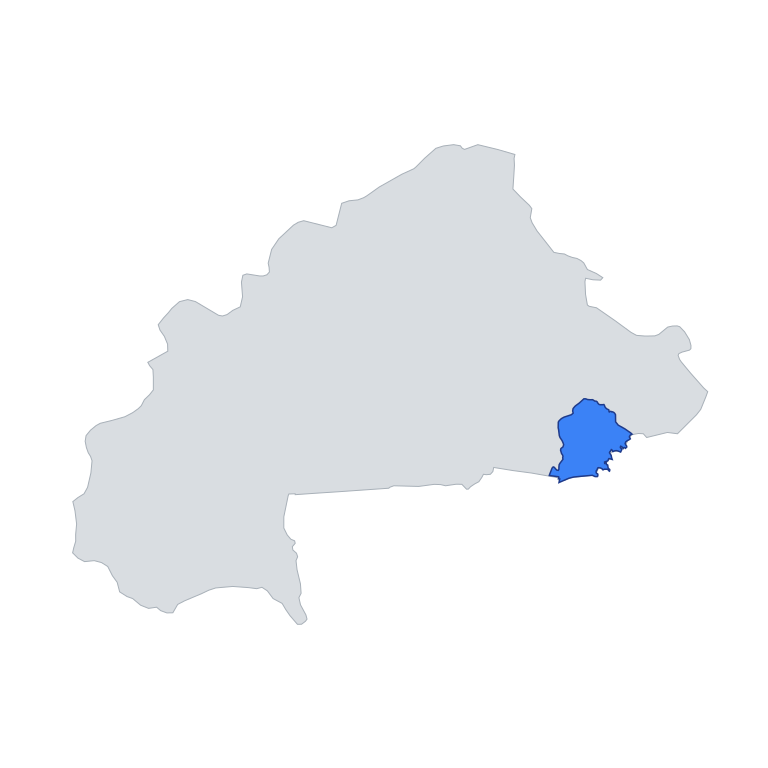 Kompienga on a map of Burkina Faso (orthographic projection), rotated 356°
{"feature_id": "BFA-2183", "entity_name": "Kompienga", "entity_type": "Province", "adm_level": 1, "iso_a3": "BFA", "parent_name": "Burkina Faso", "parent_adm1": "", "projection": "orthographic", "projection_center": [0.977, 11.426], "detail": "fine", "context": "in_parent", "style": "filled", "palette": "blue", "viewbox_px": 768, "rotation_deg": 356, "n_neighbors": 0, "source": "natural_earth", "source_scale": "10m", "svg_char_len": 5499}
<svg xmlns="http://www.w3.org/2000/svg" viewBox="0 0 768 768"><g transform="rotate(356 384 384)"><path d="M585.4,489.6L564.4,490.4L556.7,492.7L552.1,492.7L551.9,490.8L551.4,489.7L524.9,483.1L506.4,479.3L487.6,474.9L486.5,478.9L483.8,481.5L479.7,481.6L476.9,481.0L475.0,484.1L471.8,488.1L467.5,490.0L463.2,492.5L460.8,494.7L459.0,494.7L454.7,489.5L449.0,489.0L438.3,489.8L433.5,488.3L427.0,487.6L411.4,488.6L386.7,486.2L382.6,487.4L381.5,488.3L357.0,488.3L330.0,488.3L307.5,488.2L287.7,488.2L287.7,487.3L281.4,487.1L280.6,488.8L274.8,509.5L274.0,520.7L276.9,527.8L280.2,532.3L283.9,534.2L284.3,536.7L281.2,539.9L281.5,543.2L284.9,546.7L285.8,550.3L283.9,554.1L284.3,563.2L286.7,577.6L286.7,587.0L284.2,591.2L285.3,598.5L290.0,608.9L290.8,613.2L289.1,615.2L285.0,617.9L280.9,617.7L276.2,611.4L274.1,608.6L270.3,602.2L267.1,595.8L262.7,593.0L258.4,590.3L253.2,582.2L248.1,578.3L242.7,579.3L234.9,577.7L219.0,575.4L201.9,575.7L194.8,577.5L187.7,580.3L169.9,586.4L162.8,589.5L157.4,597.5L151.4,597.2L145.4,594.5L141.6,590.8L133.5,591.4L125.8,587.7L118.3,580.5L112.8,578.1L105.8,572.9L104.0,563.2L99.7,556.3L95.7,546.8L89.7,542.4L82.6,540.0L72.9,540.3L66.6,536.4L61.6,530.7L63.0,526.0L65.5,519.3L65.9,512.7L67.6,502.2L66.9,488.9L65.4,479.6L70.8,475.9L77.1,472.6L81.1,466.4L85.4,452.3L87.4,440.2L86.2,435.7L84.2,432.0L82.7,426.7L81.9,420.3L83.2,414.7L88.0,409.6L93.9,405.4L98.2,403.4L109.3,401.5L123.2,398.6L131.2,395.1L137.1,391.5L140.4,388.7L143.9,382.9L149.3,378.4L153.5,373.8L154.4,360.9L154.5,353.5L151.5,349.4L149.9,345.9L170.6,336.2L170.9,329.1L168.2,321.1L164.3,314.6L162.9,309.1L168.7,302.7L173.8,297.9L177.6,293.8L185.7,287.6L194.1,286.1L201.6,288.6L223.7,303.9L227.6,304.9L232.3,303.8L238.3,300.0L246.0,297.0L249.0,287.1L248.9,272.4L250.8,265.7L254.8,264.6L267.7,267.6L271.0,267.8L274.8,266.9L277.5,264.3L277.5,259.6L276.9,255.4L281.3,241.9L289.2,231.8L304.8,219.2L309.7,216.7L315.3,215.5L342.8,224.5L347.3,222.4L354.4,200.8L361.9,198.8L370.9,198.5L376.8,196.7L379.8,195.2L393.1,187.1L416.4,176.0L428.9,171.3L431.3,169.5L440.3,161.6L452.2,152.5L459.8,150.7L470.2,150.1L476.8,151.7L478.5,154.3L480.7,155.6L494.3,151.8L513.8,158.0L530.6,164.2L529.5,168.0L529.4,174.8L528.0,185.6L526.2,198.5L533.2,206.9L541.5,215.9L543.7,219.4L541.5,228.3L543.0,233.5L547.4,242.1L554.9,253.1L562.6,264.5L568.0,266.0L573.1,266.9L576.2,268.9L580.7,270.9L585.2,272.2L589.1,274.6L591.7,277.1L594.9,284.0L603.6,288.6L609.7,293.2L607.3,295.5L599.7,294.6L592.5,292.6L591.6,295.9L591.3,308.7L592.4,319.4L594.1,320.8L601.3,322.8L618.5,336.6L634.0,349.7L639.3,353.1L647.9,354.4L657.5,354.9L661.6,353.7L671.0,347.0L675.9,346.3L680.5,346.5L683.0,347.5L687.5,352.9L691.7,361.0L692.9,367.0L692.6,370.2L691.1,371.5L683.5,373.0L680.2,374.3L679.4,376.0L680.6,380.1L682.1,382.7L690.5,394.4L702.6,410.2L706.4,414.2L704.3,419.0L698.2,431.4L693.6,436.5L673.3,454.1L663.3,452.1L642.3,455.7L639.2,451.7L634.3,451.1L628.2,451.8L626.0,453.4L625.4,455.1L623.2,457.5L619.3,464.5L616.3,466.2L612.6,467.3L608.0,467.2L605.4,468.1L605.3,471.5L604.5,474.5L601.4,476.0L600.1,479.4L600.4,482.7L598.6,484.2L594.6,483.4L592.3,482.5L590.1,486.7L587.3,489.6L585.4,489.6Z" fill="#d9dde1" stroke="#a8b0b8" stroke-width="1"/><path d="M627.9,451.3L627.0,451.6L625.9,452.4L625.2,453.4L625.1,454.1L625.9,455.9L624.6,456.7L622.7,457.5L621.1,458.6L620.4,460.2L620.9,461.6L621.7,462.7L621.8,463.8L620.4,465.0L619.8,464.3L619.2,464.1L618.7,464.3L618.1,465.0L617.6,464.1L616.7,463.0L615.7,462.6L615.3,463.6L615.5,464.2L616.3,465.0L616.5,465.8L616.4,466.5L615.3,468.4L612.6,467.1L611.3,466.7L609.8,466.7L609.1,466.8L608.6,467.1L608.2,467.3L607.5,467.3L607.6,466.9L607.0,465.9L606.2,465.3L605.4,466.6L604.5,467.4L604.1,468.4L605.6,471.0L606.0,473.8L606.4,475.2L605.5,474.9L603.9,474.2L603.1,474.1L602.7,474.6L602.1,476.1L601.7,476.4L599.0,477.0L598.6,477.2L598.6,478.5L598.9,478.4L599.5,477.9L600.2,478.1L600.3,478.4L600.2,479.4L600.2,479.8L600.5,480.0L601.2,480.3L601.4,480.3L601.6,481.3L601.6,482.3L601.7,483.2L602.2,484.1L603.2,485.0L603.1,486.3L602.8,486.7L602.2,486.2L601.6,485.3L601.4,484.9L600.6,484.6L598.1,484.4L597.7,484.4L596.8,484.9L596.3,484.9L596.2,484.7L595.8,483.9L595.5,483.7L595.1,483.6L594.7,483.2L594.1,482.8L592.3,482.5L592.0,482.4L591.6,482.5L591.1,483.2L590.6,484.3L589.9,485.3L589.6,485.5L589.5,486.3L589.5,487.3L589.8,488.0L590.5,488.3L591.0,488.8L591.0,489.8L590.8,490.7L590.5,491.2L589.0,491.2L587.9,491.0L585.4,489.6L574.8,489.8L567.0,490.0L561.9,490.9L551.7,494.5L552.7,491.0L551.4,490.7L551.7,490.3L551.8,490.0L551.8,489.7L551.9,489.3L551.9,489.0L551.8,488.8L551.6,488.7L542.5,486.8L542.7,486.2L545.8,479.6L547.0,478.5L548.1,479.0L549.0,480.3L550.3,481.9L551.8,482.3L552.5,481.2L552.7,478.9L553.1,476.7L554.1,475.2L557.2,471.7L557.2,470.8L557.1,470.0L557.5,468.6L557.1,467.1L556.3,465.9L555.5,462.3L556.0,460.7L558.1,459.3L559.0,457.1L558.6,455.4L557.7,452.9L555.9,449.8L555.3,447.8L555.0,442.0L554.7,439.8L555.2,434.2L556.1,432.9L558.5,430.9L561.3,429.6L568.8,427.7L570.7,426.2L570.3,424.1L570.9,421.7L572.9,419.6L574.0,418.8L577.5,416.6L582.4,412.7L584.3,412.9L586.0,413.7L588.7,414.1L591.0,414.2L591.9,414.8L593.0,415.7L594.6,416.0L595.5,416.8L596.1,418.2L597.0,419.3L598.0,419.7L600.7,419.9L601.9,419.8L602.4,420.6L602.7,422.0L603.5,423.3L604.7,424.5L605.9,425.1L606.5,425.6L606.5,426.9L606.8,427.6L607.8,427.1L608.6,427.2L609.2,427.7L610.1,427.7L611.4,428.5L612.2,429.5L612.8,430.8L612.4,437.9L614.8,441.4L621.1,445.5L626.9,450.2L627.8,451.2L627.9,451.3L627.9,451.3Z" fill="#3b82f6" stroke="#1e3a8a" stroke-width="1.5"/></g></svg>